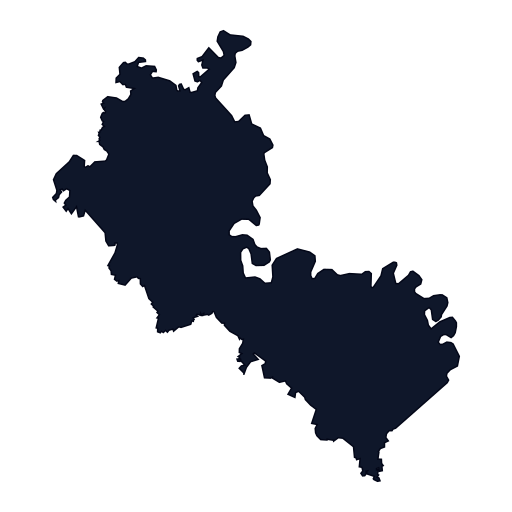 the district of Platón Sánchez, Veracruz, Mexico
{"feature_id": "50627088B47850104568837", "entity_name": "Platón Sánchez", "entity_type": "district", "adm_level": 2, "iso_a3": "MEX", "parent_name": "Mexico", "parent_adm1": "Veracruz", "projection": "robinson", "projection_center": [-98.391, 21.297], "detail": "fine", "context": "isolated", "style": "filled", "palette": "ink", "viewbox_px": 512, "rotation_deg": 0, "n_neighbors": 0, "source": "geoboundaries", "source_scale": "gbopen_adm2", "svg_char_len": 5991}
<svg xmlns="http://www.w3.org/2000/svg" viewBox="0 0 512 512"><path d="M381.6,463.4L381.4,459.3L377.9,459.1L378.9,452.1L378.3,451.5L380.4,448.5L384.5,447.0L384.5,442.7L388.3,440.9L385.8,437.5L386.5,433.7L389.1,430.7L392.0,430.7L393.0,429.1L395.6,428.2L447.2,382.7L448.6,380.1L446.4,376.2L446.9,373.3L450.3,369.7L457.4,366.0L459.3,356.3L453.1,344.0L450.9,342.6L446.8,342.1L442.7,344.3L440.1,344.5L438.2,342.2L440.6,336.4L443.6,334.6L446.2,334.6L451.1,337.6L453.5,335.7L455.2,332.7L456.4,326.6L456.4,322.8L455.5,321.1L452.4,317.3L449.8,317.5L439.9,321.8L431.1,328.9L428.3,325.1L427.4,320.4L424.4,314.6L424.6,310.8L429.1,307.5L431.3,309.8L432.6,319.4L435.8,321.5L438.3,320.1L441.2,316.8L441.5,314.6L447.0,306.0L447.8,302.6L446.8,297.8L442.3,294.9L440.0,294.8L433.6,295.7L429.2,298.3L424.0,298.6L415.8,293.5L414.5,291.8L414.5,288.9L416.0,286.9L420.7,284.0L421.8,279.7L418.9,275.6L412.9,271.2L410.5,271.8L408.5,275.3L398.6,283.7L395.8,283.6L393.3,273.2L396.8,265.2L396.4,262.8L394.8,262.2L393.3,262.2L382.7,268.7L381.0,275.8L373.3,287.3L371.9,287.6L370.9,286.5L371.3,273.6L368.9,271.5L365.3,271.7L361.8,274.3L349.4,273.6L340.4,275.6L337.3,274.8L331.9,269.6L323.9,269.4L317.8,273.5L314.8,278.5L312.1,278.7L310.7,275.6L310.7,272.0L315.3,261.3L314.9,255.8L309.7,252.1L297.4,248.9L276.5,258.5L272.2,265.2L272.9,276.9L271.3,282.8L264.9,283.3L259.9,278.8L255.0,277.0L245.5,278.0L243.2,273.0L242.7,265.8L240.7,260.3L240.6,252.3L242.9,248.8L246.7,247.2L248.8,248.6L251.1,253.9L252.3,263.4L256.0,265.5L264.0,265.3L269.3,261.9L270.3,259.9L269.4,252.1L266.4,248.4L260.9,248.6L257.0,247.0L254.8,244.5L253.0,239.4L247.1,235.2L242.4,234.8L235.6,236.7L231.8,236.6L229.2,234.8L229.1,230.9L234.1,223.4L241.6,219.1L248.8,219.3L256.3,225.5L258.7,225.0L259.2,224.0L260.1,217.6L256.3,210.2L252.9,205.9L252.1,201.2L253.8,197.7L255.6,196.0L259.3,195.4L270.0,183.8L270.3,179.6L267.2,172.9L267.3,166.9L264.7,160.2L263.8,153.9L264.3,152.7L272.4,147.6L272.9,145.1L269.8,139.0L263.6,135.6L260.4,128.1L251.7,124.0L249.1,114.9L245.0,115.3L238.6,121.5L234.7,121.9L231.6,115.6L215.6,98.0L214.8,95.5L215.4,92.4L221.4,86.0L223.3,80.0L234.2,67.7L235.9,62.5L234.8,55.9L235.2,53.3L237.6,51.2L242.1,50.3L247.9,47.1L250.6,44.8L250.9,41.5L248.4,39.0L243.1,36.3L230.1,34.9L223.5,30.7L220.2,31.9L217.9,36.8L217.2,41.2L223.4,51.5L224.2,55.4L221.0,58.0L218.4,57.6L208.8,47.8L202.1,56.6L197.3,58.5L197.2,60.2L198.4,61.7L203.0,60.0L201.8,65.0L202.9,68.0L207.5,68.0L209.2,69.2L200.1,77.1L198.8,76.5L198.6,72.6L197.2,71.4L193.1,73.8L195.0,81.0L197.4,81.8L200.1,80.4L201.7,82.5L197.9,87.8L197.4,90.8L191.5,92.5L190.0,92.1L188.8,87.7L185.3,89.7L183.7,89.4L181.2,84.0L179.5,84.4L178.6,85.9L180.0,90.8L177.9,91.1L176.8,90.3L175.9,85.4L169.7,80.8L158.2,77.3L152.5,78.1L150.3,74.8L152.5,71.4L156.1,71.7L156.3,69.9L154.6,66.4L146.1,65.8L141.5,68.1L137.2,66.5L138.5,62.4L145.5,61.5L145.4,59.9L143.3,58.1L138.7,57.5L134.9,61.7L128.7,64.1L127.1,64.1L125.3,62.3L123.5,62.6L119.3,67.4L120.0,74.3L116.2,78.1L116.0,82.5L119.9,81.5L122.8,84.6L125.4,84.4L126.4,87.2L134.4,88.5L130.6,91.0L130.9,94.4L128.3,98.8L125.1,101.4L122.6,101.5L116.5,98.0L107.7,96.7L102.9,100.4L102.5,101.7L103.7,103.2L101.2,104.1L103.5,108.9L104.4,108.3L104.0,109.1L105.6,111.9L104.7,113.2L103.4,112.5L102.3,113.4L100.7,117.3L102.3,120.9L103.6,121.6L102.2,124.4L104.4,126.4L102.5,127.4L101.2,130.1L100.2,130.1L99.6,132.6L98.7,132.4L99.2,133.9L98.4,135.3L99.9,137.3L99.1,138.9L99.8,140.4L98.2,141.4L99.1,141.4L99.7,144.4L103.0,146.9L104.3,149.5L106.8,151.0L108.9,154.1L106.6,159.9L105.3,161.1L94.8,161.9L89.9,166.8L88.0,165.8L85.3,167.4L84.2,166.4L84.6,160.5L76.7,155.5L73.4,155.4L69.3,161.8L56.3,173.7L53.5,179.7L56.9,190.3L56.4,193.5L52.7,197.4L53.4,199.5L55.6,201.4L55.4,200.1L58.5,197.6L59.2,194.7L61.6,192.0L60.1,189.7L62.2,189.0L63.4,190.8L66.6,188.7L69.9,190.5L69.5,197.0L65.8,200.3L64.3,203.1L65.9,205.1L63.1,207.1L66.2,211.2L68.0,208.5L71.4,213.8L76.5,206.7L78.5,216.8L79.4,216.9L83.5,215.9L85.2,210.2L105.1,232.7L105.9,241.0L108.7,245.8L114.2,245.4L115.0,245.0L115.0,243.0L117.1,243.0L117.4,244.8L115.0,252.9L107.9,265.6L109.4,266.1L109.0,268.0L111.1,270.8L111.4,274.4L115.5,275.2L114.5,279.3L116.8,281.1L118.9,280.6L118.3,283.4L125.1,285.1L131.3,278.1L137.1,276.8L138.4,278.4L140.3,278.6L140.4,283.9L142.7,286.5L144.5,285.5L148.9,298.6L152.8,302.3L151.3,304.0L153.7,306.2L153.2,307.0L158.0,311.2L157.0,312.5L159.4,314.7L157.0,317.9L158.5,318.2L156.2,327.9L157.7,328.2L157.6,331.8L160.3,332.8L161.5,331.2L163.3,332.5L165.6,330.4L167.4,332.2L169.0,330.2L172.9,329.1L173.6,331.2L178.8,326.8L181.0,327.4L190.7,324.3L191.8,320.9L193.3,321.3L193.2,319.9L194.1,319.6L193.2,317.7L197.6,316.3L196.2,315.2L197.0,314.1L199.9,315.1L200.5,313.3L201.2,315.5L202.3,315.5L201.9,314.3L203.8,313.3L203.7,315.1L207.4,314.4L208.7,315.1L211.9,313.3L212.6,311.5L214.0,311.5L216.4,317.4L221.8,323.1L224.6,323.2L224.4,325.3L229.9,331.3L237.9,335.7L239.5,339.2L240.1,338.1L242.0,339.5L243.4,339.2L242.7,343.3L239.4,348.7L239.3,352.5L241.9,353.6L238.2,356.5L239.6,357.1L239.2,358.0L240.2,358.8L237.0,359.1L237.7,361.2L240.0,361.4L240.5,360.4L244.9,365.1L241.4,365.9L239.2,368.3L244.0,373.1L243.7,374.8L246.4,367.4L250.6,361.7L258.2,359.4L253.2,354.0L254.4,352.9L265.7,361.1L265.2,363.7L261.9,365.6L264.5,377.8L270.7,378.1L272.5,377.1L272.5,378.1L279.4,382.3L285.4,380.9L286.7,383.8L291.6,388.1L288.0,394.3L294.9,397.4L295.6,392.5L298.7,391.3L304.7,397.2L305.4,399.6L310.6,405.1L316.3,409.4L311.7,423.4L317.2,424.5L315.2,428.5L315.6,432.8L316.9,435.7L320.7,439.6L327.0,440.0L327.1,439.2L333.7,440.3L333.7,441.1L338.3,437.7L342.8,438.2L353.5,446.7L354.5,457.3L356.1,457.9L356.6,459.7L360.1,458.6L359.3,466.8L362.0,467.3L362.8,471.0L360.9,473.3L362.6,475.9L364.7,475.7L365.9,474.1L366.0,471.0L367.6,470.8L366.7,472.2L367.0,473.9L374.4,476.4L373.3,478.8L374.0,479.6L377.5,481.3L380.0,480.8L378.9,477.9L377.0,477.3L378.6,475.0L377.6,474.5L378.1,469.7L376.5,469.9L376.5,468.6L378.7,467.7L379.4,471.3L382.3,470.7L381.9,466.2L383.2,465.6L381.6,463.4Z" fill="#0f172a" stroke="#020617" stroke-width="1.5"/></svg>